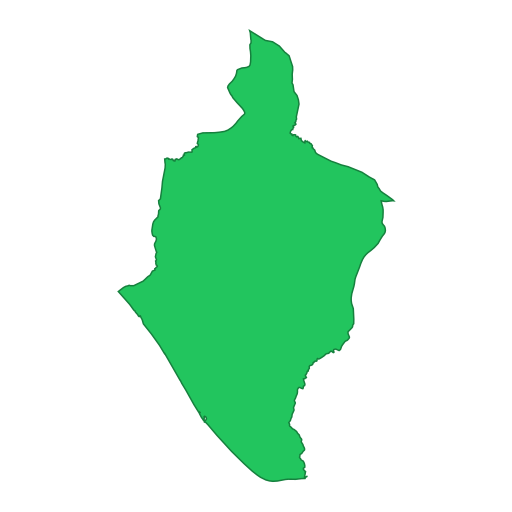 Nagan Raya, Aceh, Indonesia
{"feature_id": "22746128B8237986094994", "entity_name": "Nagan Raya", "entity_type": "district", "adm_level": 2, "iso_a3": "IDN", "parent_name": "Indonesia", "parent_adm1": "Aceh", "projection": "natural_earth1", "projection_center": [96.507, 4.176], "detail": "fine", "context": "isolated", "style": "filled", "palette": "green", "viewbox_px": 512, "rotation_deg": 0, "n_neighbors": 0, "source": "geoboundaries", "source_scale": "gbopen_adm2", "svg_char_len": 6064}
<svg xmlns="http://www.w3.org/2000/svg" viewBox="0 0 512 512"><path d="M123.4,287.6L118.3,291.5L129.7,304.4L133.5,309.7L134.3,310.6L134.9,310.8L135.0,310.4L135.2,311.7L136.8,313.7L137.5,314.3L138.3,315.8L139.0,316.5L139.3,316.6L139.8,316.2L139.9,315.9L140.4,315.9L140.6,316.7L142.2,319.7L143.4,323.9L151.5,334.1L159.5,345.3L164.5,353.6L164.7,353.4L180.1,380.3L180.3,380.3L181.8,383.4L185.8,390.0L194.0,404.7L198.7,412.2L199.4,412.2L199.6,412.0L200.1,412.5L199.8,412.9L199.5,412.9L199.3,413.3L201.5,417.5L203.1,419.7L203.6,420.7L204.1,421.0L204.5,420.5L204.0,419.4L204.2,418.7L204.0,418.2L204.3,417.6L204.4,417.0L204.1,416.7L204.4,416.3L205.4,416.6L206.0,417.2L206.5,418.7L206.0,419.8L204.8,421.1L204.8,421.6L204.6,422.1L205.6,422.3L208.0,424.8L216.9,435.3L231.6,451.4L244.0,463.6L252.1,471.0L256.9,474.8L260.5,477.3L265.8,479.9L269.5,480.9L272.9,481.3L277.5,481.0L285.2,479.5L288.1,479.2L295.5,479.3L301.6,478.6L305.0,478.5L305.6,477.2L307.4,476.3L307.0,476.3L304.4,477.7L305.4,472.3L305.2,472.4L305.1,471.4L304.8,470.8L303.5,469.6L303.3,468.9L303.5,468.1L304.4,467.6L304.8,467.2L304.8,465.6L304.3,463.3L303.3,461.2L301.1,459.9L300.5,458.6L299.7,457.8L299.5,457.2L299.8,456.4L300.0,454.5L300.5,454.1L301.6,453.6L303.1,451.4L304.5,450.0L304.6,449.1L304.4,448.1L303.2,445.7L302.9,444.5L301.3,442.0L301.3,441.3L301.7,440.0L301.6,439.2L300.0,437.2L299.2,434.9L297.6,433.3L296.6,431.5L294.1,429.5L292.5,428.8L291.3,427.4L289.7,426.1L289.5,425.5L289.6,424.3L288.8,422.6L290.4,420.5L291.0,418.4L291.8,417.0L292.1,414.4L293.9,410.5L294.0,409.8L293.6,408.1L293.6,407.3L295.3,403.1L295.2,402.4L294.5,401.2L294.4,400.2L295.6,397.9L296.1,396.3L297.2,393.8L297.5,391.8L297.4,390.7L297.6,389.2L298.1,388.3L299.0,387.4L300.0,387.5L301.4,388.3L302.8,388.7L303.2,388.0L303.4,386.2L304.6,385.6L304.9,384.5L304.8,383.7L303.7,380.4L303.5,378.8L304.8,378.7L305.5,377.9L306.0,377.9L306.4,377.4L305.6,376.3L305.6,375.7L305.3,375.2L306.2,374.2L306.8,373.1L307.2,371.5L307.4,371.2L308.3,371.0L308.3,370.0L308.5,369.5L309.3,368.5L309.2,366.5L309.8,365.6L310.9,365.4L312.4,364.7L312.7,364.3L313.0,362.9L313.5,362.8L313.6,362.2L314.5,361.9L315.0,361.1L316.6,361.1L316.9,360.8L317.1,359.0L317.6,358.5L318.6,359.0L319.4,358.8L321.6,357.5L324.2,355.7L325.8,354.1L326.6,353.7L328.3,353.4L328.9,353.1L330.5,351.4L331.0,351.2L331.5,351.3L333.3,352.6L333.7,352.5L334.0,352.1L333.4,350.5L333.7,349.6L335.3,349.1L336.1,349.2L339.0,350.5L339.3,350.5L340.5,349.4L341.6,346.3L342.6,344.7L345.0,341.5L345.8,340.9L346.6,340.7L347.6,340.0L349.0,338.4L349.4,337.6L349.4,337.0L348.1,333.8L348.0,332.5L348.1,331.7L351.9,327.8L352.5,326.9L352.8,325.0L353.2,324.3L353.7,323.8L353.8,319.2L353.3,308.6L351.6,303.5L351.2,300.5L351.2,297.8L351.8,293.6L353.8,286.6L354.4,283.8L355.0,279.4L355.7,277.0L359.5,267.2L360.7,263.7L362.5,259.5L364.1,256.8L366.0,254.5L367.9,252.7L370.8,250.5L374.3,247.5L378.1,243.4L380.2,239.6L382.4,236.1L384.4,233.6L385.1,232.1L385.4,230.4L385.1,228.0L384.5,226.3L382.9,224.4L382.1,223.1L382.0,221.5L382.9,217.5L383.1,212.5L383.1,209.8L382.7,207.1L381.8,204.0L381.2,200.8L384.2,201.4L386.2,201.5L392.6,200.7L393.7,200.8L392.6,199.7L386.7,195.4L383.1,193.0L380.6,191.1L379.1,188.6L377.8,186.9L377.2,184.4L374.6,179.9L368.9,176.8L362.0,172.3L348.1,166.7L341.2,164.9L335.5,162.7L331.1,161.2L317.8,154.4L316.5,153.5L315.5,152.4L315.0,151.1L314.8,150.2L313.2,148.7L312.8,147.8L312.2,147.7L312.2,146.4L312.4,145.7L311.0,143.7L309.7,143.3L309.5,142.4L308.0,142.1L307.4,141.2L306.2,141.6L305.2,140.7L304.9,141.1L304.8,142.9L303.1,142.1L302.7,141.5L301.4,140.7L300.9,138.3L298.8,138.6L298.6,137.6L297.7,136.4L296.7,136.9L296.0,136.4L295.6,134.9L294.7,134.7L293.3,134.8L292.9,135.6L292.0,135.1L291.8,134.0L290.9,133.8L290.1,133.1L290.7,131.0L291.8,129.6L292.7,129.6L293.0,128.0L293.6,127.6L293.6,126.9L293.0,126.2L293.2,125.6L294.7,125.3L295.9,124.3L295.5,123.2L294.8,122.8L295.8,121.5L296.0,120.0L296.6,119.1L296.3,116.9L299.0,104.1L298.4,99.8L297.0,95.5L294.0,91.6L293.0,84.8L292.0,83.0L292.4,79.4L292.2,74.2L292.7,70.0L292.6,66.6L289.1,55.8L285.6,52.8L285.0,52.5L279.4,46.1L272.6,41.8L265.3,40.4L249.7,30.7L250.3,32.7L250.8,39.0L251.1,40.6L251.0,42.9L249.9,44.8L250.0,48.5L250.5,51.7L250.8,55.7L250.6,61.8L250.1,64.8L249.3,66.2L248.1,66.8L246.6,67.4L244.8,67.7L241.8,68.0L237.5,69.7L236.9,70.5L236.5,73.3L235.6,76.1L234.0,78.8L232.2,81.3L229.4,84.0L228.0,86.0L227.6,87.6L230.0,93.1L230.9,94.7L231.8,95.7L232.9,97.8L237.0,102.6L242.4,108.4L243.8,110.5L244.7,112.3L244.7,113.6L244.4,114.2L241.7,116.5L237.6,121.1L236.0,123.3L233.2,126.3L231.5,127.7L228.1,130.0L224.6,131.4L219.5,132.2L214.5,132.7L202.8,132.9L197.8,134.3L197.4,135.2L197.6,136.0L197.3,136.6L197.5,136.9L198.3,137.3L198.5,137.8L198.2,139.1L198.0,141.1L197.6,142.0L197.3,143.5L198.1,144.2L198.4,144.8L198.2,145.7L197.7,146.7L196.6,147.2L196.2,146.5L195.8,146.6L195.7,147.2L195.3,147.8L193.9,148.3L192.0,149.7L192.1,151.6L191.8,152.2L188.4,152.1L186.0,152.8L185.3,152.7L184.6,153.1L184.3,153.4L184.4,155.0L183.8,154.9L183.3,155.2L183.4,155.9L183.1,156.5L182.0,157.7L181.3,157.8L180.9,158.4L179.2,159.6L178.2,159.7L177.6,159.2L176.4,158.9L176.1,159.3L175.3,159.3L175.0,159.8L175.1,160.8L174.3,161.0L173.2,160.5L172.9,159.4L172.5,159.1L171.5,159.1L171.2,159.5L169.9,159.4L168.8,158.7L168.5,159.0L168.1,158.3L167.2,158.1L166.5,158.3L165.6,159.0L164.7,159.0L165.0,162.6L165.3,164.4L165.1,168.0L162.5,181.3L161.9,188.1L160.4,198.9L158.6,200.6L158.9,203.8L160.4,207.7L160.4,208.8L160.0,209.5L159.1,210.2L158.7,210.8L158.5,214.1L158.0,215.8L158.1,216.7L154.8,220.0L153.6,221.7L152.8,224.1L151.9,230.1L151.9,231.5L152.2,233.5L152.6,235.1L153.8,236.4L154.6,236.4L155.6,236.7L156.0,237.2L156.4,238.6L156.4,239.4L155.9,241.2L154.7,243.5L154.5,244.3L154.5,245.6L156.3,251.5L156.8,252.2L156.1,253.5L155.4,256.8L156.5,259.7L156.0,260.7L155.6,261.0L156.0,262.7L155.8,263.1L156.2,265.0L156.9,265.3L157.2,265.8L157.3,266.5L156.2,267.4L155.5,268.3L154.8,268.7L154.9,270.1L152.4,271.1L150.2,275.1L147.7,276.8L143.2,281.1L133.7,285.7L130.4,285.7L129.1,285.3L127.8,285.9L125.8,286.3L123.4,287.6Z" fill="#22c55e" stroke="#15803d" stroke-width="1.5"/></svg>